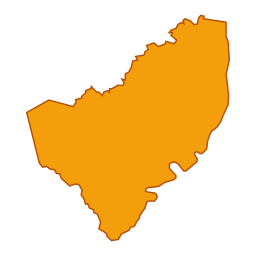 outline of Inarajan, Guam
{"feature_id": "77769853B63444042999452", "entity_name": "Inarajan", "entity_type": "district", "adm_level": 2, "iso_a3": "GUM", "parent_name": "Guam", "parent_adm1": "", "projection": "mercator", "projection_center": [144.738, 13.293], "detail": "fine", "context": "isolated", "style": "filled", "palette": "amber", "viewbox_px": 256, "rotation_deg": 0, "n_neighbors": 0, "source": "geoboundaries", "source_scale": "gbopen_adm2", "svg_char_len": 1856}
<svg xmlns="http://www.w3.org/2000/svg" viewBox="0 0 256 256"><path d="M26.7,112.5L39.3,162.9L42.5,167.1L47.0,166.5L50.0,169.1L54.4,169.7L56.5,173.5L59.7,173.8L61.3,178.4L69.8,186.0L75.1,184.0L78.9,184.6L82.0,190.0L81.2,195.1L83.6,198.0L85.6,204.2L87.6,203.6L89.3,207.9L93.5,209.8L93.9,212.7L97.3,214.1L100.6,221.9L98.9,228.8L101.9,230.7L103.1,231.1L106.7,234.0L107.1,236.5L111.5,240.6L118.4,239.4L121.3,234.0L129.0,230.3L130.9,226.9L133.8,226.6L135.0,225.2L136.5,221.8L138.8,219.1L140.4,214.5L144.9,208.3L146.6,202.6L147.7,201.4L148.8,201.2L149.5,201.0L154.3,201.1L156.6,198.6L157.1,196.2L156.3,194.2L154.7,193.0L147.2,192.0L145.6,191.2L145.8,189.1L147.9,187.6L150.0,187.5L158.7,186.4L164.6,182.5L173.5,179.8L175.9,178.0L175.8,175.3L169.3,168.4L169.6,163.8L172.2,162.2L175.2,162.3L178.1,163.8L183.5,170.8L186.0,170.9L196.9,161.7L197.2,158.7L194.5,154.2L194.7,152.4L194.9,152.4L197.0,151.8L200.2,153.7L202.5,153.3L206.6,149.1L207.4,142.8L207.6,141.2L209.6,135.2L209.8,134.6L211.6,131.2L213.8,129.6L217.1,127.0L220.8,121.4L223.0,115.7L228.0,105.0L228.7,95.5L227.8,89.4L227.6,85.5L226.1,74.3L227.4,68.5L229.3,60.0L228.7,50.3L228.3,42.3L226.0,36.1L226.1,27.8L226.0,24.2L226.0,22.2L203.4,18.7L204.1,16.3L200.9,15.4L198.8,17.6L197.1,24.2L193.9,24.6L190.3,20.7L185.0,18.8L183.1,20.5L183.9,23.7L181.3,22.6L178.0,24.4L175.9,28.4L171.2,30.1L169.1,32.6L172.3,32.5L171.0,35.4L176.8,40.3L174.2,43.8L165.9,41.3L165.0,44.0L158.4,46.5L153.9,42.9L146.6,45.5L148.3,49.2L145.1,51.6L144.0,55.1L135.7,56.5L137.7,60.0L132.7,61.0L131.4,66.9L129.1,71.8L125.4,73.8L125.3,79.9L121.9,79.1L124.1,83.1L122.8,85.5L117.9,85.2L112.0,88.7L109.7,88.7L109.4,92.3L108.0,90.8L104.1,91.7L102.3,95.5L99.1,92.2L96.6,92.1L91.4,86.5L91.0,88.5L85.5,90.7L86.0,92.3L81.7,96.3L81.8,98.0L75.5,99.7L76.4,101.8L73.2,106.6L48.8,100.1L26.7,112.5Z" fill="#f59e0b" stroke="#b45309" stroke-width="1.5"/></svg>